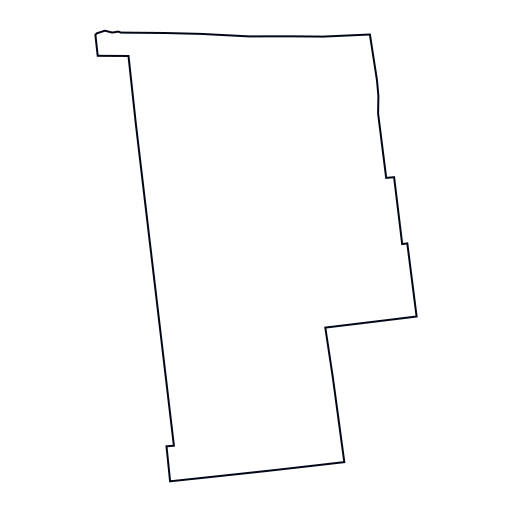 the district of Franklin, New York, United States of America
{"feature_id": "52423323B52661947985134", "entity_name": "Franklin", "entity_type": "district", "adm_level": 2, "iso_a3": "USA", "parent_name": "United States of America", "parent_adm1": "New York", "projection": "natural_earth1", "projection_center": [-74.342, 44.551], "detail": "fine", "context": "isolated", "style": "outline", "palette": "ink", "viewbox_px": 512, "rotation_deg": 0, "n_neighbors": 0, "source": "geoboundaries", "source_scale": "gbopen_adm2", "svg_char_len": 501}
<svg xmlns="http://www.w3.org/2000/svg" viewBox="0 0 512 512"><path d="M369.9,34.5L323.0,36.6L288.7,36.3L249.0,36.4L200.9,33.9L165.0,33.0L120.8,32.6L118.5,31.6L116.3,31.9L114.2,32.3L112.0,32.5L104.9,30.7L96.8,33.3L95.4,34.9L97.7,55.8L128.5,56.0L135.9,124.4L173.9,445.7L166.5,446.3L170.1,481.3L270.0,470.6L344.3,462.1L332.8,377.2L325.3,327.6L416.6,316.5L407.3,243.4L402.2,244.1L394.1,177.2L386.2,177.9L378.1,113.5L378.4,96.0L377.0,80.4L369.9,34.5Z" fill="none" stroke="#020617" stroke-width="2"/></svg>